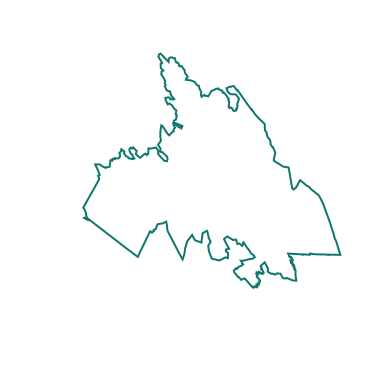 Annenieku pag., Dobele, Latvia, rotated 57°
{"feature_id": "27541924B50154726334308", "entity_name": "Annenieku pag.", "entity_type": "district", "adm_level": 2, "iso_a3": "LVA", "parent_name": "Latvia", "parent_adm1": "Dobele", "projection": "equal_earth", "projection_center": [23.093, 56.636], "detail": "fine", "context": "isolated", "style": "outline", "palette": "teal", "viewbox_px": 384, "rotation_deg": 57, "n_neighbors": 0, "source": "geoboundaries", "source_scale": "gbopen_adm2", "svg_char_len": 6022}
<svg xmlns="http://www.w3.org/2000/svg" viewBox="0 0 384 384"><g transform="rotate(57 192 192)"><path d="M158.2,293.6L207.8,276.2L217.0,272.7L214.0,268.3L212.8,266.2L202.1,248.5L204.3,247.7L204.1,246.8L204.2,245.4L203.1,245.1L202.9,244.2L203.3,243.7L203.4,242.8L202.6,241.3L201.8,240.9L200.3,238.3L202.4,233.6L202.8,229.8L207.2,231.4L207.8,232.2L211.6,233.7L232.8,235.8L243.4,236.6L240.1,232.4L235.6,228.5L230.7,222.8L228.1,215.3L234.1,215.8L239.5,211.6L232.4,205.6L232.5,201.6L232.8,200.5L234.2,200.9L239.8,203.0L243.8,203.4L246.0,207.7L251.0,210.1L258.6,211.7L264.3,206.4L264.7,203.5L265.1,199.4L267.0,197.9L264.8,196.1L262.4,195.0L260.0,195.9L258.7,194.7L259.8,191.8L253.7,191.4L248.8,190.7L248.4,186.7L254.6,183.7L255.8,181.1L260.4,182.2L261.0,180.2L264.5,179.4L264.1,178.3L262.5,176.9L262.4,176.1L266.9,176.2L273.4,175.8L275.5,176.0L277.4,175.1L279.9,174.7L281.0,175.0L280.8,177.7L279.0,182.0L278.1,185.0L277.4,186.7L276.3,188.4L277.3,188.3L278.9,188.9L279.5,188.5L280.6,188.5L280.8,190.1L280.2,193.6L280.4,194.7L280.7,194.9L281.0,196.4L280.0,196.6L280.6,199.7L282.8,200.4L283.8,200.0L288.5,199.7L289.1,199.0L292.5,198.6L292.7,196.4L293.4,194.8L304.7,193.2L304.8,192.9L305.2,192.8L304.9,192.5L305.3,192.4L305.2,192.1L305.7,191.7L305.3,190.9L305.6,190.8L305.7,190.4L306.4,190.2L306.3,189.8L307.2,189.4L306.8,188.9L306.8,188.6L306.0,188.3L305.7,188.6L305.1,188.4L305.9,187.7L304.8,187.0L305.6,186.5L304.8,186.1L305.4,185.5L304.6,184.8L303.8,184.3L303.9,183.9L303.3,184.0L303.2,183.6L303.4,183.4L303.2,183.2L301.0,183.2L299.8,183.8L299.1,183.5L298.3,183.7L297.9,183.2L298.1,183.1L297.9,182.9L296.8,182.9L296.8,182.5L296.2,182.5L296.6,182.0L295.6,181.9L295.7,181.5L295.3,181.5L295.4,181.3L295.5,181.1L296.1,181.2L296.1,180.8L295.5,180.8L296.2,180.3L295.8,179.8L296.6,179.9L296.9,179.6L296.7,179.3L296.9,179.1L296.3,179.2L296.2,178.9L297.7,178.3L298.2,178.4L298.3,177.8L299.2,177.2L299.0,176.2L298.6,175.8L297.6,176.0L296.9,175.6L295.6,175.5L295.2,176.0L294.5,176.1L294.2,175.8L294.7,175.5L294.6,175.3L292.9,174.7L292.5,175.0L291.7,175.0L291.3,174.3L290.6,169.3L297.7,170.0L299.9,171.9L303.5,170.3L304.1,169.1L306.5,167.4L306.5,164.9L307.4,164.1L308.6,162.3L313.8,162.6L315.6,160.5L315.4,159.7L318.0,157.7L320.7,156.0L323.2,152.9L317.6,150.2L314.4,148.0L313.8,147.8L313.6,148.1L312.5,148.3L312.5,147.6L311.9,147.2L311.5,147.3L310.4,147.0L310.2,147.2L310.7,147.5L310.1,147.5L309.6,146.6L309.0,146.7L308.8,146.3L307.9,146.5L308.0,147.5L307.6,147.4L306.6,146.4L305.4,146.5L305.4,146.8L305.7,147.2L305.2,147.6L304.7,147.1L303.0,146.8L303.1,146.3L302.8,145.4L303.1,145.1L304.3,144.9L304.1,144.5L303.5,144.4L303.0,144.8L302.5,144.9L301.9,144.7L301.9,144.4L301.6,144.3L300.7,145.0L300.3,144.6L299.8,145.5L299.2,145.3L298.7,145.5L297.4,145.0L296.0,144.9L304.2,133.7L304.3,133.8L304.8,133.3L304.5,133.2L308.8,127.3L307.9,126.6L311.5,122.4L317.1,114.1L318.9,112.0L318.7,111.9L318.9,111.6L325.5,101.8L312.8,98.2L310.4,97.7L308.8,97.6L304.5,96.1L291.0,92.5L272.5,88.3L264.1,87.4L254.3,90.7L251.1,91.1L249.7,92.1L241.0,94.9L242.8,98.5L243.4,99.1L244.8,102.5L245.0,102.5L245.2,105.5L244.2,105.6L243.5,106.0L224.1,97.6L220.3,101.7L210.3,106.3L209.9,106.2L208.0,104.5L205.8,102.0L204.1,100.6L198.5,99.7L198.4,100.1L194.7,100.2L193.4,99.1L190.0,98.2L187.4,98.7L185.3,98.1L182.1,96.9L180.9,97.2L180.0,97.2L174.5,94.0L166.7,95.9L160.9,96.8L155.2,96.9L155.3,97.3L150.7,97.6L131.3,98.3L131.3,99.0L125.9,99.2L125.1,100.9L125.1,101.8L124.0,103.5L124.1,104.8L123.7,106.5L127.6,107.5L130.9,106.4L134.2,102.0L139.4,101.8L143.4,106.7L144.7,106.9L146.8,109.2L146.4,109.6L147.6,110.9L147.1,112.5L146.5,113.0L144.1,113.0L143.5,112.8L142.0,113.6L142.2,114.1L141.9,115.0L140.4,114.8L136.8,111.7L135.4,111.7L134.3,111.3L134.0,110.5L132.2,110.7L130.0,110.5L126.1,111.1L125.8,112.0L123.5,111.5L123.2,111.9L121.7,112.7L120.7,113.6L119.6,113.5L118.6,115.6L117.9,121.0L119.5,123.9L120.6,126.4L119.5,127.2L118.4,128.7L117.2,128.8L117.4,132.1L115.8,131.8L113.3,129.9L108.9,129.3L106.7,128.4L105.3,129.6L101.2,129.8L98.1,131.9L94.5,136.0L93.6,134.8L93.3,133.0L90.7,132.8L88.5,133.0L87.2,132.6L86.4,132.1L85.1,131.9L83.4,132.1L81.3,132.0L80.5,132.4L79.9,133.9L79.5,134.2L78.1,133.5L76.0,133.4L75.4,133.7L75.3,134.3L74.8,134.7L72.7,134.3L70.2,133.5L69.9,133.8L69.6,134.8L68.4,135.3L67.5,136.5L67.3,137.2L67.6,138.5L67.5,138.8L70.1,140.8L58.8,143.0L58.6,144.7L59.9,146.0L60.0,146.4L67.6,146.8L67.8,147.1L67.4,148.4L71.0,150.7L74.5,149.8L74.5,152.1L75.4,152.8L76.4,153.1L76.8,153.8L79.8,153.6L84.1,154.0L86.2,155.7L88.0,155.8L88.6,157.3L93.2,157.8L95.8,155.6L99.6,156.9L104.4,156.3L104.3,157.5L103.3,158.1L102.6,159.6L100.7,159.4L99.7,160.3L98.6,163.1L101.1,164.1L105.2,164.6L105.3,162.8L108.9,161.4L110.3,161.6L112.5,161.5L115.1,160.7L118.0,163.4L119.2,162.9L122.5,165.9L122.2,167.9L122.5,168.6L123.4,169.5L131.4,164.1L132.1,165.1L132.8,166.2L131.1,166.4L131.2,167.4L124.0,169.9L124.5,170.7L128.8,171.2L129.2,172.8L131.3,174.5L130.8,175.2L132.1,180.2L129.6,180.8L120.6,180.8L119.4,181.5L124.5,185.9L128.8,188.7L129.7,189.0L131.9,190.1L132.9,191.8L133.2,193.4L134.1,194.8L137.8,194.7L138.8,195.0L140.8,196.8L142.0,195.8L142.3,195.2L148.9,193.6L151.1,194.6L152.5,196.2L150.7,198.3L143.9,199.5L141.6,199.6L138.8,197.9L135.2,197.9L133.0,203.2L131.7,204.7L136.2,208.0L136.4,209.7L135.6,209.8L134.4,210.3L134.4,211.9L135.1,216.5L134.9,217.1L129.7,218.5L127.4,216.0L122.7,217.0L123.2,217.7L122.9,218.6L121.5,219.0L121.6,220.7L122.6,221.6L125.2,222.4L126.5,222.4L128.2,221.6L129.4,222.3L132.5,222.1L132.2,223.8L130.8,225.0L130.0,226.1L129.2,226.7L127.7,226.7L125.9,227.8L122.3,228.0L121.1,226.7L117.7,228.0L119.3,229.5L119.7,231.7L120.7,231.7L123.0,233.0L123.8,235.2L123.0,236.7L121.4,238.4L122.3,239.0L121.0,240.8L122.3,241.8L121.4,242.5L121.0,243.2L125.9,247.2L125.1,249.6L124.4,250.7L124.7,251.3L121.9,253.1L119.0,254.1L117.5,256.0L116.2,258.2L121.7,258.9L127.5,260.2L127.4,262.0L129.6,262.2L131.1,263.5L145.9,291.7L147.9,291.6L151.7,292.3L152.7,293.0L156.6,294.2L155.0,296.0L155.0,296.6L158.9,294.5L158.2,293.6Z" fill="none" stroke="#0f766e" stroke-width="2"/></g></svg>